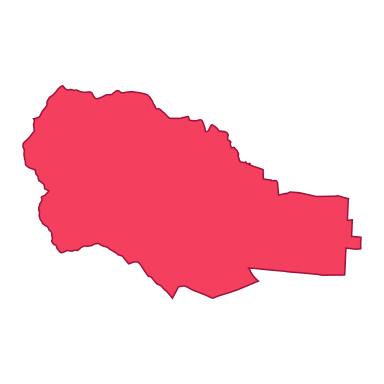 outline of Crizbav, Brasov, Romania
{"feature_id": "2599482B31173771953984", "entity_name": "Crizbav", "entity_type": "district", "adm_level": 2, "iso_a3": "ROU", "parent_name": "Romania", "parent_adm1": "Brasov", "projection": "equal_earth", "projection_center": [25.451, 45.829], "detail": "fine", "context": "isolated", "style": "filled", "palette": "rose", "viewbox_px": 384, "rotation_deg": 0, "n_neighbors": 0, "source": "geoboundaries", "source_scale": "gbopen_adm2", "svg_char_len": 5863}
<svg xmlns="http://www.w3.org/2000/svg" viewBox="0 0 384 384"><path d="M172.4,298.3L178.4,287.0L178.9,286.7L184.6,285.8L185.4,286.3L186.9,286.9L188.3,287.6L189.5,288.4L192.4,289.9L196.3,291.5L197.3,291.8L206.2,295.3L210.5,297.4L212.8,298.2L216.3,296.8L218.3,296.0L221.0,295.2L223.7,294.3L229.0,292.7L235.4,290.5L236.8,290.1L256.4,281.9L258.4,281.1L257.7,280.5L256.3,279.3L255.6,278.5L254.6,277.5L253.1,275.7L252.7,275.1L250.8,272.1L250.0,270.1L249.4,269.1L248.6,268.0L249.2,268.0L255.4,268.5L264.2,269.4L267.3,269.7L273.8,270.3L279.4,270.8L281.5,271.0L282.2,271.0L283.5,271.1L286.5,271.6L290.2,272.0L304.3,273.1L317.8,274.4L322.0,275.2L344.7,275.0L345.9,248.1L351.8,248.7L354.8,249.1L357.1,249.1L360.7,248.8L360.7,243.1L361.0,237.3L356.7,236.8L351.6,236.4L352.3,219.8L347.4,220.4L347.9,207.8L348.1,201.6L348.5,198.7L348.1,198.5L343.8,197.6L340.8,196.5L337.9,195.8L335.6,196.1L334.8,196.2L316.2,196.5L301.2,193.1L298.9,192.6L298.6,193.1L297.3,192.5L290.0,192.0L286.3,193.9L286.1,193.3L278.6,195.1L277.5,182.5L277.0,181.6L276.7,181.4L276.2,180.6L271.4,180.7L271.2,180.1L263.3,178.9L263.1,169.6L256.0,167.1L254.7,166.7L253.6,166.5L251.4,165.4L249.2,164.6L250.0,163.6L249.7,163.3L248.2,163.8L246.9,163.7L246.8,163.2L246.2,162.8L245.8,161.9L244.8,162.5L243.8,162.6L242.6,162.1L241.8,162.3L240.4,162.0L240.2,161.7L240.1,161.1L239.6,160.8L239.3,159.7L238.7,157.8L238.7,157.5L238.5,157.3L238.4,156.9L238.3,155.9L238.1,155.3L238.0,154.6L238.6,154.3L238.4,153.2L238.0,152.5L237.5,152.2L237.3,151.6L237.4,151.2L236.7,150.3L234.5,148.1L234.5,147.6L234.0,147.4L233.6,147.4L233.1,147.6L232.1,147.7L231.9,147.8L231.5,147.7L231.4,147.5L231.0,146.8L230.8,145.9L230.4,144.9L230.3,144.5L230.4,143.4L230.4,142.8L230.6,142.5L230.8,142.1L230.7,141.7L230.4,141.5L229.7,141.6L229.6,141.4L229.7,140.9L228.9,140.2L228.5,140.2L228.3,140.1L227.7,139.5L227.6,139.4L227.5,138.2L227.7,137.8L227.9,136.9L227.9,136.7L227.7,136.5L227.7,136.2L228.2,135.5L228.2,135.2L228.2,134.9L228.1,134.5L227.9,134.3L227.8,133.9L227.3,133.1L227.2,133.0L226.8,132.9L226.6,132.8L226.2,132.2L225.2,132.0L225.1,131.8L224.9,131.6L224.3,131.4L224.0,131.4L223.5,131.8L223.3,131.8L223.1,131.8L223.0,131.7L223.1,131.4L222.4,131.4L221.3,131.1L220.7,131.1L219.9,131.5L219.4,131.0L218.4,130.4L217.5,128.7L217.2,128.4L217.0,128.2L216.1,127.5L215.4,126.8L212.7,125.1L212.4,124.9L212.1,124.8L211.8,124.8L211.4,125.0L210.9,125.4L210.7,125.9L210.3,126.8L209.5,128.5L209.1,129.0L208.5,130.4L207.8,131.1L207.2,131.4L206.5,131.6L205.9,131.7L205.5,131.5L205.2,131.0L205.2,129.9L204.7,127.3L204.0,125.5L203.9,124.9L202.8,122.2L202.0,120.6L201.6,120.2L201.0,119.9L200.4,119.8L199.3,119.9L196.3,120.8L195.8,120.7L193.9,120.8L192.8,120.7L190.5,120.4L190.0,120.3L189.4,119.9L188.9,118.8L188.8,117.9L188.7,117.1L188.4,116.8L188.2,116.6L187.8,116.5L186.8,116.7L183.3,117.6L182.6,117.5L182.3,117.6L181.2,118.2L180.1,118.4L176.4,118.3L175.3,118.4L172.0,118.3L171.1,118.4L169.4,118.1L168.7,117.5L168.2,117.0L167.6,116.5L166.9,115.8L166.3,115.3L165.7,114.4L164.9,113.8L164.5,113.2L161.7,111.0L160.9,110.1L160.0,109.3L159.1,108.9L158.6,108.8L157.2,108.9L156.5,108.9L156.1,108.6L155.7,108.1L155.4,107.5L155.1,106.5L154.8,106.0L154.6,105.3L153.4,104.0L153.2,103.3L152.4,101.2L151.2,99.5L150.3,97.6L147.4,94.9L144.3,93.7L140.5,93.0L137.8,92.5L133.6,91.9L130.6,91.7L126.4,92.2L122.4,92.9L120.6,92.3L118.7,90.7L116.7,90.7L113.7,92.8L111.9,94.5L105.9,95.0L101.8,97.1L98.5,98.4L96.9,98.8L95.0,98.2L93.6,96.0L91.9,92.9L90.4,92.0L89.6,91.9L87.7,92.0L85.5,92.3L82.3,92.1L80.3,91.7L76.8,90.1L73.6,90.3L70.4,89.4L68.4,90.2L67.3,89.9L65.7,89.1L64.1,87.4L62.7,85.7L60.4,86.8L58.1,89.0L56.1,91.6L53.4,94.7L50.8,96.4L49.4,97.6L47.5,100.6L46.9,102.8L47.0,105.0L45.8,107.1L42.2,111.4L41.4,113.0L39.8,116.3L38.8,117.1L35.5,118.5L34.9,118.5L33.5,118.8L34.3,119.8L34.3,121.2L34.2,122.3L34.0,122.9L33.6,123.8L33.5,124.5L33.8,126.6L34.0,127.8L34.1,128.5L34.1,129.1L34.3,130.9L33.6,132.0L32.4,133.3L31.0,135.3L29.0,137.8L28.5,138.2L27.0,139.8L24.8,141.7L24.3,142.3L23.7,142.8L23.3,143.4L23.1,144.0L23.0,144.9L23.0,146.7L23.1,147.3L23.3,147.8L23.8,148.9L24.3,149.4L24.3,149.9L24.2,151.2L24.3,151.8L24.2,152.2L24.0,153.4L24.0,154.8L24.1,155.9L24.4,156.8L24.4,157.3L24.5,157.9L24.5,158.8L25.0,159.9L25.4,162.9L25.4,163.6L25.6,164.8L26.1,165.4L27.8,166.8L29.3,167.8L30.8,168.3L31.2,168.6L33.2,169.2L34.2,169.7L35.3,169.9L35.7,173.5L36.5,174.7L37.4,175.5L38.1,176.6L38.3,178.9L39.0,180.1L38.9,180.8L39.7,181.0L44.0,184.4L44.7,188.8L48.8,190.8L48.3,191.7L44.9,195.3L41.9,196.6L41.3,197.3L42.0,200.1L40.8,202.4L39.6,204.2L39.7,205.5L38.9,206.9L38.7,210.3L39.5,211.8L39.2,216.0L40.3,219.6L41.6,221.3L42.1,222.1L42.5,223.5L43.6,224.3L45.1,225.5L47.2,226.5L47.7,226.9L48.1,227.7L48.9,229.7L49.6,230.5L50.8,231.4L51.4,232.1L51.8,233.6L51.7,234.5L51.7,235.1L51.9,235.6L52.0,236.8L52.3,237.5L52.3,239.7L51.7,240.5L51.6,241.1L53.0,243.7L54.0,244.6L55.2,244.9L56.0,245.3L56.5,246.5L57.0,248.4L57.5,249.2L58.9,250.4L59.5,251.7L60.1,252.2L61.2,252.7L61.9,252.7L64.1,251.9L65.6,251.3L67.1,250.4L67.5,250.3L68.4,250.6L69.4,250.9L71.4,251.1L72.4,251.1L72.7,251.0L74.6,250.1L75.3,250.0L75.7,250.1L76.8,250.6L77.3,250.6L77.7,250.4L78.9,249.5L80.1,248.4L81.1,247.5L81.8,247.1L84.0,246.1L84.5,246.0L85.2,246.0L87.8,246.2L88.6,246.1L90.0,245.8L91.5,245.6L91.9,245.5L93.0,244.7L95.2,243.8L95.9,243.7L96.7,243.7L97.2,243.5L98.0,243.5L99.2,243.9L99.7,244.3L100.8,245.0L103.6,246.3L106.0,246.7L106.9,247.3L107.7,247.5L108.4,248.0L108.9,248.5L109.9,249.3L111.1,249.9L112.1,250.6L116.4,253.1L118.1,254.8L119.8,255.2L122.6,256.2L124.5,258.8L128.7,263.9L132.9,262.3L133.9,262.0L135.3,261.9L137.1,261.9L138.2,262.3L140.2,264.2L146.4,273.7L148.4,276.4L149.7,276.5L150.8,276.9L152.0,278.0L154.6,281.1L156.5,283.6L157.8,284.3L160.0,285.2L160.8,285.6L161.6,286.3L162.2,287.0L163.1,288.1L164.0,289.1L165.3,290.3L167.1,291.8L171.3,296.8L172.4,298.3Z" fill="#f43f5e" stroke="#9f1239" stroke-width="1.5"/></svg>